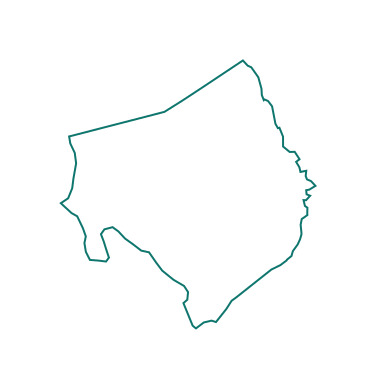 Guánica, Puerto Rico (Natural Earth projection), rotated 53°
{"feature_id": "32010507B43804230876127", "entity_name": "Guánica", "entity_type": "district", "adm_level": 2, "iso_a3": "PRI", "parent_name": "Puerto Rico", "parent_adm1": "", "projection": "natural_earth1", "projection_center": [-66.908, 17.98], "detail": "fine", "context": "isolated", "style": "outline", "palette": "teal", "viewbox_px": 384, "rotation_deg": 53, "n_neighbors": 0, "source": "geoboundaries", "source_scale": "gbopen_adm2", "svg_char_len": 1559}
<svg xmlns="http://www.w3.org/2000/svg" viewBox="0 0 384 384"><g transform="rotate(53 192 192)"><path d="M261.4,89.7L254.9,90.4L251.1,92.6L247.7,91.6L243.8,88.0L241.2,93.3L237.0,91.4L230.6,90.7L230.5,86.4L221.7,85.8L218.8,89.9L210.5,91.9L202.6,86.0L193.3,83.5L192.7,85.0L187.7,84.3L171.8,76.5L165.2,76.5L161.8,78.3L161.9,79.4L156.6,77.9L151.4,74.4L140.3,70.0L128.1,69.6L124.6,71.5L117.6,72.2L115.0,116.5L114.2,129.4L114.2,129.6L113.2,144.7L111.4,165.8L110.4,168.2L73.7,256.7L80.0,260.0L90.2,262.1L99.4,267.3L110.0,278.7L116.9,285.4L122.5,294.7L122.0,303.5L136.3,300.9L142.3,298.3L155.2,300.9L161.5,302.9L163.2,303.4L163.5,303.5L168.1,308.7L169.5,309.4L170.6,310.0L176.0,312.8L178.7,313.3L184.8,314.4L190.3,308.2L192.0,306.4L195.8,302.5L194.4,297.8L193.1,297.4L186.6,295.2L178.2,292.2L177.8,292.1L170.9,290.1L169.1,284.4L172.3,276.6L177.6,275.0L179.2,274.5L188.9,273.5L197.2,270.9L198.9,270.4L208.3,267.8L214.3,262.6L216.8,262.7L226.7,263.1L235.4,263.1L236.9,263.1L244.6,261.2L249.4,260.0L251.2,259.5L255.1,257.9L262.3,254.9L269.6,255.4L275.2,260.6L275.6,265.7L275.9,265.8L296.0,271.1L298.7,271.8L299.2,271.9L301.5,271.4L303.3,270.9L303.3,267.9L303.3,261.1L306.5,253.8L310.3,251.1L306.1,235.0L302.7,225.8L302.8,220.6L301.7,175.2L303.6,165.3L303.6,157.6L303.2,157.0L303.0,151.1L299.9,147.0L297.5,139.2L294.8,134.2L291.9,130.3L290.7,129.3L283.6,125.0L279.6,120.6L279.8,116.9L279.8,113.7L278.3,112.7L274.0,109.3L271.1,110.2L265.6,107.8L267.2,105.9L266.1,99.9L262.8,101.9L259.3,99.7L260.7,96.9L261.4,89.7Z" fill="none" stroke="#0f766e" stroke-width="2"/></g></svg>